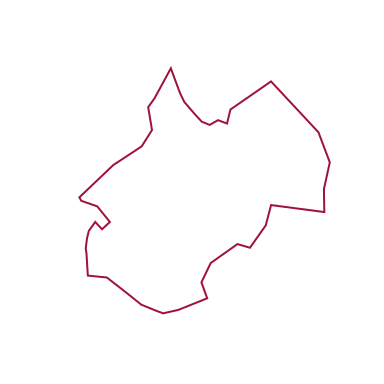 outline of Busanjin-gu, Busan, South Korea, rotated 137°
{"feature_id": "91817680B32751924176777", "entity_name": "Busanjin-gu", "entity_type": "district", "adm_level": 2, "iso_a3": "KOR", "parent_name": "South Korea", "parent_adm1": "Busan", "projection": "mercator", "projection_center": [129.046, 35.154], "detail": "fine", "context": "isolated", "style": "outline", "palette": "rose", "viewbox_px": 384, "rotation_deg": 137, "n_neighbors": 0, "source": "geoboundaries", "source_scale": "gbopen_adm2", "svg_char_len": 723}
<svg xmlns="http://www.w3.org/2000/svg" viewBox="0 0 384 384"><g transform="rotate(137 192 192)"><path d="M108.9,87.1L93.6,104.1L71.0,119.7L58.8,149.4L58.8,187.7L58.8,219.0L107.6,226.1L119.7,218.2L124.0,226.8L133.3,229.0L136.9,236.8L136.9,246.1L136.2,263.2L133.3,272.5L126.2,289.6L123.1,296.9L155.4,286.1L166.2,283.9L179.0,264.6L197.6,259.7L222.6,263.9L231.1,265.4L278.0,264.9L279.0,261.1L271.1,246.1L272.5,226.1L283.2,226.1L283.2,236.1L294.0,233.9L300.4,229.7L308.2,223.2L311.1,219.0L325.2,201.9L312.6,187.6L309.2,166.4L305.9,144.1L299.2,129.6L295.8,122.9L282.4,115.1L253.4,103.9L246.7,119.5L226.7,127.3L194.3,122.9L187.6,111.7L160.8,117.3L143.1,128.5L108.9,87.1Z" fill="none" stroke="#9f1239" stroke-width="2"/></g></svg>